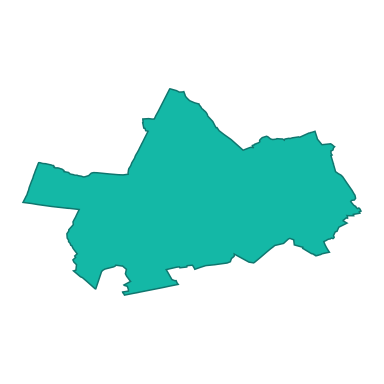 outline of Medzes pag., Grobinas, Latvia
{"feature_id": "27541924B37027523872355", "entity_name": "Medzes pag.", "entity_type": "district", "adm_level": 2, "iso_a3": "LVA", "parent_name": "Latvia", "parent_adm1": "Grobinas", "projection": "equal_earth", "projection_center": [21.153, 56.615], "detail": "fine", "context": "isolated", "style": "filled", "palette": "teal", "viewbox_px": 384, "rotation_deg": 0, "n_neighbors": 0, "source": "geoboundaries", "source_scale": "gbopen_adm2", "svg_char_len": 5840}
<svg xmlns="http://www.w3.org/2000/svg" viewBox="0 0 384 384"><path d="M333.3,163.6L330.9,155.5L332.1,155.0L331.0,153.4L331.0,152.6L331.0,150.9L331.7,150.7L332.2,150.4L332.7,150.2L332.9,150.0L333.1,149.7L333.1,149.0L333.7,147.6L334.6,146.7L333.8,146.2L332.1,144.7L330.7,143.8L322.0,144.7L321.3,144.0L321.3,143.9L317.3,139.0L317.3,138.5L315.0,131.3L312.0,132.3L310.5,132.6L310.3,132.7L310.2,132.9L310.1,133.0L309.0,133.0L300.0,137.1L299.5,137.2L298.7,136.9L292.5,137.8L290.1,138.5L289.6,138.5L289.1,138.3L288.9,138.3L285.6,138.9L285.0,139.1L284.7,139.2L284.4,139.6L284.3,140.1L282.6,139.0L280.1,138.9L277.7,138.7L276.4,138.7L276.7,138.8L276.1,139.1L275.6,139.2L274.0,139.4L272.6,139.5L270.7,139.0L270.1,138.6L267.9,136.8L266.7,136.3L266.4,136.3L262.3,137.6L261.8,138.0L261.2,138.6L260.2,139.5L259.8,140.1L259.6,140.4L259.8,141.1L259.8,141.8L258.7,142.7L256.6,143.5L256.2,143.6L256.1,143.8L255.3,144.0L255.1,144.0L254.9,144.1L254.6,144.4L254.6,144.5L254.2,144.6L254.0,144.9L254.0,145.0L253.9,145.1L253.6,145.1L252.3,145.5L252.5,146.9L253.9,147.7L250.9,147.3L249.5,147.7L243.1,150.2L231.4,139.8L230.5,139.1L224.0,134.5L219.1,130.7L217.0,127.6L216.2,127.8L215.3,126.4L212.8,121.5L208.5,116.9L207.8,116.1L207.6,115.6L207.5,115.1L207.2,114.2L206.7,113.4L205.9,112.2L204.5,110.8L204.2,110.8L203.5,109.9L202.9,109.4L201.8,108.6L201.7,108.4L201.2,107.5L201.0,107.1L200.5,106.4L199.9,105.7L199.5,105.2L199.0,104.3L199.0,104.0L195.3,103.0L194.6,102.8L190.1,100.9L189.0,100.1L187.0,98.1L185.7,96.6L185.1,95.4L185.1,95.1L183.8,91.6L182.8,91.9L181.6,92.0L179.3,92.1L177.0,90.9L176.4,90.6L170.4,88.9L169.7,88.9L158.1,111.6L155.7,115.9L154.7,118.2L154.4,118.9L152.4,119.1L148.7,118.6L142.8,119.0L143.1,122.4L143.0,122.6L142.7,122.7L143.8,128.1L145.0,128.4L145.7,130.7L147.9,131.1L148.1,131.2L147.1,133.2L146.3,134.8L144.6,138.1L142.6,142.2L141.6,144.0L140.5,146.4L139.9,147.4L138.7,150.0L137.2,152.7L136.2,154.3L135.1,156.4L134.9,157.4L134.2,158.8L131.8,162.8L130.7,165.8L129.1,168.2L128.8,168.7L128.5,169.9L128.3,171.0L128.3,171.8L128.1,172.4L128.2,174.2L123.2,174.9L122.6,174.9L118.0,174.7L108.6,173.9L99.7,173.0L96.3,172.7L93.5,172.6L91.4,173.1L91.1,173.3L88.7,175.6L84.8,176.8L83.8,177.0L82.7,176.7L81.9,176.4L81.4,176.2L78.8,175.8L78.0,175.6L77.1,175.2L76.6,175.2L75.2,175.2L74.8,175.2L73.3,174.6L70.5,174.1L70.2,174.0L69.0,173.0L68.8,172.6L68.7,172.5L68.8,172.5L66.5,172.1L64.0,171.6L64.0,171.0L64.0,170.6L63.9,170.5L62.8,169.7L62.1,169.2L61.3,168.9L60.6,168.8L59.4,168.3L58.7,168.1L57.9,167.9L55.5,167.9L55.0,167.8L54.8,167.7L54.6,167.6L54.5,167.1L54.0,167.2L53.9,166.2L53.7,165.8L53.6,165.6L53.4,165.7L52.8,165.6L51.4,165.0L45.6,163.7L44.8,163.6L43.8,163.6L42.4,163.4L40.0,162.7L39.2,162.6L38.9,162.4L38.9,162.2L38.1,163.8L37.9,164.5L37.1,166.3L36.8,167.3L36.2,168.7L36.1,169.2L35.8,169.6L35.0,171.8L34.6,173.1L33.6,175.5L33.2,176.9L32.8,178.4L32.5,178.9L32.3,179.6L31.6,181.1L29.6,186.5L29.3,187.2L28.5,190.4L28.0,191.6L27.8,192.0L27.7,192.6L27.4,193.1L27.2,194.2L27.0,194.6L26.6,195.5L26.0,196.4L25.5,197.5L25.2,198.1L23.0,202.4L31.6,203.5L37.4,204.5L51.8,206.5L68.0,208.3L68.0,208.2L75.1,209.0L79.2,209.5L76.6,214.8L75.5,217.2L74.1,219.7L73.0,221.9L73.3,224.6L72.4,225.7L68.8,229.7L68.7,231.1L66.9,233.7L67.2,238.1L68.5,240.0L68.6,241.7L70.1,243.3L70.7,245.2L71.8,245.7L73.0,248.3L75.0,251.0L77.2,253.8L74.7,256.0L75.6,257.4L72.9,259.9L73.9,262.1L76.5,264.7L75.9,270.2L73.5,270.9L80.5,276.8L82.4,277.6L86.5,281.1L95.0,288.7L95.7,288.9L95.9,288.5L98.2,281.6L100.9,273.6L101.5,271.8L101.8,271.4L102.2,270.9L102.7,270.4L103.8,269.7L104.5,269.3L105.2,269.0L107.1,268.5L113.5,266.9L114.6,266.4L115.1,266.1L115.8,265.5L115.9,265.2L121.2,265.9L121.5,266.0L122.1,266.0L122.4,265.9L122.7,266.1L123.2,266.6L126.4,269.3L125.4,273.8L126.8,276.5L127.7,277.6L129.0,279.4L130.6,281.4L123.9,285.0L124.3,285.4L127.3,286.3L128.4,289.5L128.4,291.1L122.6,292.0L122.7,292.5L124.4,294.7L124.5,295.1L147.9,290.5L163.6,287.4L169.1,286.2L178.2,284.4L177.0,282.8L176.6,281.8L176.1,280.6L174.9,280.7L172.0,279.6L171.9,279.5L169.7,275.7L168.3,273.2L166.2,269.6L177.0,267.1L179.5,266.9L179.9,267.8L186.8,267.0L187.1,265.7L192.3,265.2L192.6,265.4L194.3,268.2L194.6,268.9L194.8,269.3L200.2,267.4L205.8,265.6L214.9,264.7L217.6,264.3L227.2,263.0L230.4,261.7L230.6,260.9L231.3,259.0L231.5,258.4L232.4,257.8L234.1,256.3L234.4,254.6L234.3,254.1L248.9,262.1L253.7,262.9L255.2,261.8L260.7,257.2L266.5,252.2L270.7,248.7L273.5,246.6L274.7,245.5L283.6,243.4L287.7,239.6L288.5,238.9L289.9,238.4L293.7,239.8L294.3,244.9L300.0,246.5L302.9,247.3L302.6,248.2L302.7,248.4L302.8,248.4L305.6,250.1L310.1,252.8L311.4,253.6L311.7,253.7L312.3,253.7L312.6,253.9L312.9,253.9L313.1,254.1L313.4,254.2L313.6,254.5L314.2,254.5L314.5,254.9L315.0,255.0L315.1,255.4L315.4,255.5L315.5,255.7L316.1,255.8L316.2,255.7L316.6,255.6L317.1,255.6L317.3,255.4L318.4,255.2L319.2,254.9L320.1,254.7L320.8,254.5L321.9,253.8L322.1,253.8L325.1,253.1L329.4,252.2L327.3,249.0L326.1,246.9L324.9,244.5L323.8,241.6L326.5,240.3L327.2,239.8L328.4,239.2L328.8,239.1L330.0,239.0L330.3,238.9L331.3,238.1L331.5,238.1L333.0,238.6L333.5,238.2L334.1,237.5L334.2,237.2L333.5,235.9L333.6,235.5L333.7,235.0L334.3,233.9L334.4,233.6L335.2,232.0L335.4,231.8L337.0,231.3L338.8,227.2L343.0,225.1L347.0,223.1L343.1,220.8L343.3,220.1L343.5,219.9L343.9,219.8L344.3,219.5L344.5,219.4L344.6,219.2L345.3,218.6L345.8,218.1L346.3,217.9L347.0,218.2L347.3,218.2L347.6,218.0L347.4,217.8L347.4,215.9L347.2,215.6L348.1,215.7L353.7,215.7L353.3,214.4L359.9,213.2L359.3,211.7L361.0,211.1L360.1,209.3L359.6,208.6L359.2,208.2L358.7,208.0L357.6,208.6L357.4,208.6L356.0,207.2L355.8,206.5L353.8,205.3L350.7,201.6L351.7,200.4L354.4,200.0L355.6,198.3L355.1,195.9L354.9,195.1L354.1,194.0L352.1,190.5L347.1,183.3L342.7,176.8L341.1,175.2L338.1,173.5L335.5,171.6L335.0,169.6L333.4,164.1L333.5,163.9L333.3,163.6Z" fill="#14b8a6" stroke="#0f766e" stroke-width="1.5"/></svg>